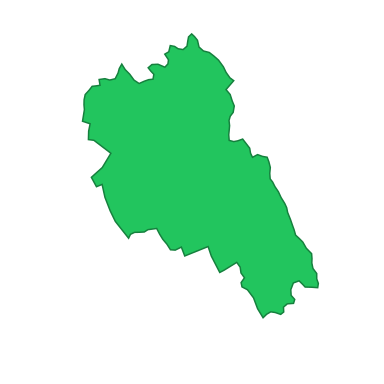 Lindóia do Sul, Santa Catarina, Brazil (Albers equal-area conic projection), rotated 338°
{"feature_id": "56859067B71795078330175", "entity_name": "Lindóia do Sul", "entity_type": "district", "adm_level": 2, "iso_a3": "BRA", "parent_name": "Brazil", "parent_adm1": "Santa Catarina", "projection": "albers", "projection_center": [-52.043, -27.042], "detail": "fine", "context": "isolated", "style": "filled", "palette": "green", "viewbox_px": 384, "rotation_deg": 338, "n_neighbors": 0, "source": "geoboundaries", "source_scale": "gbopen_adm2", "svg_char_len": 1979}
<svg xmlns="http://www.w3.org/2000/svg" viewBox="0 0 384 384"><g transform="rotate(338 192 192)"><path d="M276.5,302.7L278.3,298.7L279.8,294.0L276.9,286.9L276.0,280.0L274.0,275.2L271.9,270.8L272.5,265.4L272.7,260.1L273.0,254.4L273.0,246.8L273.9,242.1L273.7,237.5L272.5,230.4L272.2,224.2L270.9,218.0L270.5,213.0L269.4,209.1L271.1,203.8L273.8,198.6L274.6,192.7L274.7,187.9L270.7,185.4L266.8,181.9L261.1,182.5L260.8,178.0L261.9,173.0L258.8,161.9L253.6,161.7L249.6,160.9L245.8,158.1L247.5,152.7L249.6,148.7L251.7,144.6L253.1,139.6L255.8,136.1L260.0,133.6L263.4,128.1L263.4,122.4L263.9,115.9L261.9,109.8L272.4,104.4L269.9,100.3L268.4,93.8L268.0,87.7L266.0,79.7L263.2,74.1L260.3,69.1L255.4,65.5L252.8,60.2L253.9,53.4L252.6,49.0L250.9,45.3L246.9,46.9L244.6,50.5L242.0,54.9L237.1,56.6L232.8,54.0L230.4,50.5L226.7,48.1L223.0,53.3L218.4,54.0L219.7,60.6L217.7,64.2L213.6,66.1L208.3,60.8L202.6,58.8L197.9,60.4L199.1,64.5L200.7,68.6L198.1,72.8L193.9,71.6L189.2,71.4L183.6,71.6L180.2,66.6L178.4,59.5L175.9,53.5L174.8,47.1L170.8,50.3L168.0,54.0L163.2,58.2L157.7,57.4L153.7,54.3L148.0,52.9L146.7,58.6L142.9,57.7L139.0,56.6L134.9,59.0L129.5,61.6L126.5,66.1L124.5,70.7L123.1,75.3L117.0,85.4L123.1,90.6L119.0,96.8L115.6,104.6L120.4,107.3L131.3,125.7L118.0,135.7L104.2,140.7L105.4,151.3L111.5,151.3L109.3,164.3L109.1,178.7L109.9,190.6L115.9,211.1L119.1,208.2L123.6,207.9L128.1,209.6L132.8,211.2L137.0,210.4L145.6,212.6L146.2,219.0L147.2,224.9L149.2,231.0L150.4,237.5L154.7,239.6L161.5,239.1L161.3,248.6L186.5,248.6L185.9,258.7L187.6,277.0L192.6,276.5L207.1,274.0L208.5,279.7L207.1,285.4L208.5,291.2L203.6,294.4L202.8,298.7L206.8,303.4L209.4,313.2L209.1,324.8L210.8,335.2L215.5,333.3L220.1,332.6L224.0,334.9L228.4,338.7L232.1,337.6L233.7,333.0L238.5,331.4L244.4,333.3L247.0,330.1L245.2,325.0L247.0,319.6L251.9,314.3L258.0,314.5L259.8,318.6L261.3,322.5L267.0,325.0L272.7,327.8L274.9,324.1L275.1,319.3L277.1,314.3L275.5,308.2L276.5,302.7Z" fill="#22c55e" stroke="#15803d" stroke-width="1.5"/></g></svg>